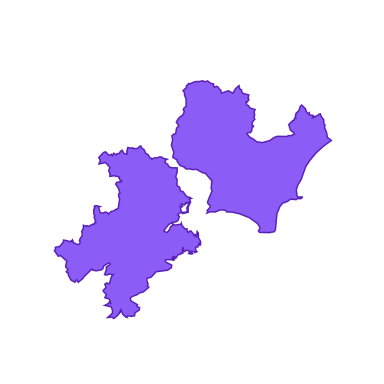 Dytikis Elladas, Dytiki Ellada, Greece, rotated 256°
{"feature_id": "26713481B45081925310995", "entity_name": "Dytikis Elladas", "entity_type": "district", "adm_level": 2, "iso_a3": "GRC", "parent_name": "Greece", "parent_adm1": "Dytiki Ellada", "projection": "albers", "projection_center": [21.426, 38.276], "detail": "fine", "context": "isolated", "style": "filled", "palette": "violet", "viewbox_px": 384, "rotation_deg": 256, "n_neighbors": 0, "source": "geoboundaries", "source_scale": "gbopen_adm2", "svg_char_len": 6044}
<svg xmlns="http://www.w3.org/2000/svg" viewBox="0 0 384 384"><g transform="rotate(256 192 192)"><path d="M298.1,215.2L296.3,212.2L294.8,212.0L292.5,207.8L290.4,208.7L287.4,208.2L284.0,208.8L276.8,207.1L275.1,204.2L273.6,203.4L271.9,204.1L268.4,201.2L268.2,199.3L266.3,196.3L263.6,193.7L259.1,195.3L257.8,192.5L252.6,190.3L252.5,188.1L251.3,186.0L247.7,186.0L242.3,183.3L234.8,184.0L230.3,181.7L226.7,185.3L225.4,185.0L220.6,186.8L218.0,190.6L216.4,191.2L215.4,192.8L214.9,196.1L213.8,197.3L212.8,201.9L207.9,207.3L207.1,209.4L198.2,213.9L190.5,211.4L188.6,211.9L178.5,204.6L176.4,204.8L174.7,206.2L173.0,206.0L170.3,202.2L169.0,202.5L168.0,201.5L168.4,204.9L167.0,209.7L167.7,214.3L167.3,217.4L165.9,220.3L164.2,220.9L162.9,225.8L159.4,232.8L153.0,241.7L145.5,248.0L141.2,249.3L139.5,248.6L138.3,247.0L136.5,247.7L133.8,257.4L133.6,262.3L135.2,263.8L150.3,269.1L156.7,273.8L159.2,277.2L159.8,282.4L161.3,286.0L159.4,291.2L160.1,292.7L159.2,295.9L159.8,297.3L160.3,297.8L160.8,297.1L161.2,294.1L162.3,293.0L168.8,293.7L173.1,296.3L177.7,300.9L189.1,308.5L193.8,313.5L199.9,321.8L204.7,330.7L208.3,339.7L212.2,336.6L217.3,337.0L222.3,336.2L225.0,337.3L226.4,336.4L230.2,337.3L233.9,335.7L236.7,335.5L236.9,334.1L235.9,332.9L235.5,329.2L234.8,328.9L235.1,326.8L236.3,328.2L237.0,328.0L238.6,324.3L240.4,325.0L240.0,323.8L242.1,322.5L245.5,322.1L249.8,319.5L249.1,318.0L245.1,315.4L243.1,311.9L239.3,310.2L238.4,310.6L238.5,309.2L237.0,308.4L237.0,306.7L235.9,306.2L235.7,304.6L234.0,302.2L228.3,302.5L224.6,305.2L223.4,305.3L222.7,301.5L223.4,299.2L222.9,297.7L225.4,288.1L225.0,284.6L223.1,280.1L222.9,272.1L225.1,266.9L228.8,264.1L230.7,261.7L235.3,259.3L236.0,260.7L235.5,263.1L237.0,264.8L240.2,266.0L240.2,266.8L241.3,267.7L242.7,266.3L245.7,268.0L247.4,270.6L250.3,270.2L251.0,271.3L255.0,271.8L256.7,273.2L259.5,268.6L262.3,267.5L263.0,266.2L266.5,266.2L266.0,267.5L267.9,269.6L269.3,269.0L272.4,270.6L275.4,265.3L277.8,264.4L279.3,264.7L280.2,263.3L283.9,263.3L281.6,259.0L277.9,255.6L281.4,251.9L280.8,244.5L284.1,244.5L285.7,243.1L287.3,242.9L288.7,241.2L288.3,239.0L289.9,238.4L291.4,239.2L293.6,235.8L296.0,234.0L295.8,230.7L297.3,229.5L297.5,225.0L298.1,223.7L298.2,220.1L297.4,216.5L298.1,215.2ZM134.6,65.4L135.7,66.3L141.5,76.3L140.3,76.7L138.7,79.9L138.4,85.7L139.3,87.1L141.6,88.3L143.1,93.3L142.9,94.9L141.4,95.0L139.9,90.6L137.7,90.3L133.1,87.2L132.1,88.6L132.3,93.0L130.9,94.2L131.0,95.5L129.1,93.2L123.0,89.7L123.2,88.6L124.4,87.6L123.7,85.1L120.2,85.5L118.1,82.1L117.1,81.9L113.4,84.0L110.5,81.9L108.1,85.9L102.8,86.3L105.3,85.2L104.0,83.8L103.1,79.9L100.1,85.8L96.3,86.2L93.6,85.4L90.6,79.8L90.0,83.9L88.2,85.5L90.1,89.8L92.9,93.5L93.4,94.0L93.1,92.8L95.1,94.5L90.2,95.3L86.8,97.3L86.1,98.6L86.7,98.4L87.5,99.7L86.0,103.0L85.8,106.4L88.6,107.4L90.1,112.1L92.4,113.2L94.0,111.2L95.2,110.9L95.9,111.8L101.1,106.4L104.1,106.5L105.0,108.2L105.7,114.2L106.8,116.5L106.8,120.6L109.9,126.8L110.4,127.1L111.8,125.9L113.5,127.2L116.2,126.6L119.0,127.4L119.3,131.9L123.3,137.9L122.0,149.3L123.5,153.7L126.0,154.6L130.2,149.9L131.1,149.3L132.7,150.0L131.3,155.8L133.1,157.2L130.5,156.9L130.2,157.9L131.7,158.7L131.0,159.6L133.5,158.4L133.5,159.5L132.0,160.6L134.6,163.4L134.3,165.4L135.6,167.4L134.8,167.6L134.9,168.3L139.8,169.3L140.0,169.9L139.2,169.9L136.1,169.1L136.1,171.0L136.9,171.5L136.5,173.8L134.6,175.1L135.1,176.3L133.8,176.4L133.5,173.9L132.8,174.2L131.8,177.0L132.1,177.6L133.0,176.6L134.1,178.2L133.4,179.9L132.5,180.1L132.9,182.4L134.3,181.6L136.7,181.8L137.6,182.6L137.3,184.4L140.7,186.7L140.2,187.8L138.7,187.2L138.3,186.1L138.6,187.4L140.9,188.2L142.4,188.3L146.0,187.2L150.7,188.2L152.4,187.4L147.5,185.8L148.5,184.1L149.3,183.7L149.8,185.0L150.5,183.4L154.5,181.5L154.6,179.9L153.7,178.7L154.7,177.8L157.5,178.2L157.9,176.1L162.2,174.1L164.3,174.1L163.4,173.5L164.1,167.0L166.2,165.5L164.5,165.4L163.2,162.5L161.3,161.4L159.0,158.5L159.2,156.9L161.3,155.3L166.2,161.6L167.3,167.0L166.8,169.1L167.8,171.7L171.3,173.9L173.2,172.6L174.6,174.7L174.5,176.9L173.3,177.8L173.3,183.4L173.7,183.4L174.5,177.6L176.0,176.9L180.9,177.0L179.8,177.7L180.3,179.4L182.9,178.9L181.6,181.1L182.9,183.5L183.0,188.2L185.7,187.8L185.9,189.3L186.4,188.2L187.0,188.9L188.7,185.8L194.6,183.3L196.0,180.9L199.4,181.2L202.1,179.0L207.9,180.6L210.7,179.8L214.7,182.3L219.0,183.4L220.4,178.2L222.2,175.7L224.7,175.1L227.4,172.8L229.4,174.1L229.8,175.8L231.9,171.9L233.2,171.0L233.9,169.0L233.5,165.4L234.3,164.4L233.5,160.8L234.4,160.9L235.4,159.4L238.7,158.5L240.7,156.5L244.8,155.7L246.8,153.9L248.9,153.6L249.1,152.7L247.5,149.7L248.1,145.9L249.2,145.3L249.4,142.9L250.8,140.6L247.0,138.4L244.6,138.2L244.6,137.4L246.0,135.2L249.4,134.4L248.8,132.4L247.0,131.0L247.3,128.5L246.4,127.2L248.6,125.4L246.5,123.4L248.1,122.8L247.6,120.5L251.9,117.8L251.7,115.6L248.0,109.9L245.0,110.7L241.7,108.5L241.5,115.2L235.7,118.3L232.7,116.2L230.3,116.9L227.0,116.1L226.6,120.6L225.6,121.8L225.5,123.2L223.8,125.0L223.2,124.5L220.7,125.3L220.1,126.3L219.1,126.4L218.9,125.1L219.6,124.0L219.0,123.1L219.7,121.7L218.2,119.8L214.0,121.4L208.4,121.9L208.1,120.6L206.1,119.8L202.7,120.1L193.7,116.3L193.6,113.8L192.5,111.6L192.7,108.8L190.7,105.4L192.2,105.0L193.6,102.9L193.0,100.7L194.1,97.9L199.9,97.6L200.1,99.2L201.9,95.9L202.1,94.3L201.2,93.5L200.2,94.0L198.6,92.3L194.1,91.4L192.4,92.0L191.4,91.0L185.5,91.3L185.7,90.2L184.4,89.2L184.8,88.1L183.6,82.9L184.6,82.3L184.7,80.4L186.0,78.6L183.3,77.9L180.1,75.3L178.4,75.6L175.4,74.3L174.4,72.6L171.9,70.9L171.0,71.7L168.6,70.2L168.9,67.7L170.8,65.9L171.0,64.8L174.4,64.4L173.2,63.1L173.8,62.8L173.5,60.6L174.7,59.7L176.4,55.7L174.5,55.0L171.2,50.5L171.4,46.0L169.2,45.6L168.4,44.3L162.0,46.7L162.1,49.1L155.3,53.8L150.6,51.4L149.1,51.5L147.5,52.9L146.6,52.7L145.2,50.7L144.3,50.9L143.5,52.4L141.3,51.9L135.9,53.2L132.8,56.5L134.7,58.8L131.9,59.8L134.6,65.4ZM182.9,183.5L181.5,181.6L180.9,181.3L182.0,182.6L182.7,186.1L182.3,186.9L177.6,183.0L175.8,183.6L175.8,182.9L174.4,182.6L174.0,183.6L178.1,184.5L182.4,188.0L182.9,187.8L182.9,183.5Z" fill="#8b5cf6" stroke="#5b21b6" stroke-width="1.5"/></g></svg>